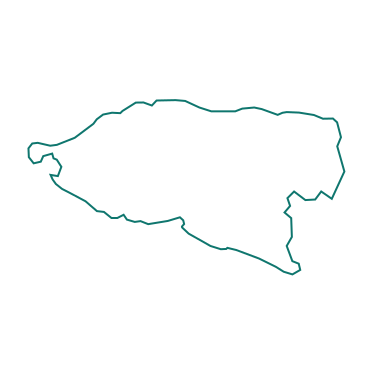 Northampton, United States of America, rotated 81°
{"feature_id": "52423323B63825786634762", "entity_name": "Northampton", "entity_type": "district", "adm_level": 2, "iso_a3": "USA", "parent_name": "United States of America", "parent_adm1": "", "projection": "natural_earth1", "projection_center": [-75.874, 37.321], "detail": "fine", "context": "isolated", "style": "outline", "palette": "teal", "viewbox_px": 384, "rotation_deg": 81, "n_neighbors": 0, "source": "geoboundaries", "source_scale": "gbopen_adm2", "svg_char_len": 1219}
<svg xmlns="http://www.w3.org/2000/svg" viewBox="0 0 384 384"><g transform="rotate(81 192 192)"><path d="M141.5,41.3L140.1,51.2L135.0,59.6L130.3,73.9L127.9,85.9L127.9,90.2L129.2,95.3L121.0,110.2L118.3,117.3L117.5,129.3L119.1,136.7L115.3,160.4L109.7,171.5L101.0,184.5L98.7,193.8L96.1,212.7L100.3,218.1L96.0,225.9L94.9,233.5L101.1,248.0L102.9,250.5L101.2,258.6L101.6,267.7L105.3,274.7L109.2,278.7L120.1,299.3L124.3,318.1L124.1,324.8L119.3,336.7L119.1,342.2L123.3,346.7L132.1,347.7L138.9,343.9L138.4,336.6L133.3,333.3L132.2,324.1L137.1,323.5L138.9,320.5L146.7,317.1L155.3,322.0L153.0,329.0L157.8,327.7L162.8,325.2L168.6,319.9L173.2,313.6L184.5,298.6L196.0,288.9L197.9,282.1L205.1,275.6L206.0,269.8L203.8,263.1L209.1,260.6L212.6,253.2L212.7,247.4L216.9,240.3L216.8,220.4L215.1,207.9L218.6,205.1L222.4,204.8L224.5,207.3L225.5,207.3L232.6,201.8L248.2,182.2L253.0,172.5L253.6,167.1L252.7,165.8L256.2,157.4L268.2,136.2L279.0,120.9L285.1,113.9L289.1,105.7L285.9,97.3L279.5,97.8L276.0,103.7L260.1,106.9L252.0,100.4L233.3,98.1L226.7,103.8L221.1,97.3L213.0,98.7L207.5,91.1L217.7,81.3L218.7,71.5L211.7,64.3L220.6,55.0L195.6,38.3L169.6,41.4L161.2,36.3L145.9,37.8L141.5,41.3Z" fill="none" stroke="#0f766e" stroke-width="2"/></g></svg>